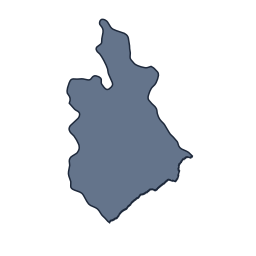 Paraiso, Barahona, Dominican Republic (Mercator projection), rotated 18°
{"feature_id": "3306468B48518984773258", "entity_name": "Paraiso", "entity_type": "district", "adm_level": 2, "iso_a3": "DOM", "parent_name": "Dominican Republic", "parent_adm1": "Barahona", "projection": "mercator", "projection_center": [-71.185, 18.039], "detail": "fine", "context": "isolated", "style": "filled", "palette": "slate", "viewbox_px": 256, "rotation_deg": 18, "n_neighbors": 0, "source": "geoboundaries", "source_scale": "gbopen_adm2", "svg_char_len": 5955}
<svg xmlns="http://www.w3.org/2000/svg" viewBox="0 0 256 256"><g transform="rotate(18 128 128)"><path d="M139.7,223.7L139.7,222.3L140.0,222.3L140.0,221.7L140.3,221.7L140.3,221.3L140.6,221.3L140.6,221.0L141.2,221.0L141.2,220.7L141.8,220.7L141.8,220.4L142.1,220.4L142.1,220.0L142.4,220.0L142.4,219.7L142.8,219.7L142.8,219.4L143.1,219.4L143.1,218.7L143.4,218.7L143.4,218.4L143.7,218.4L143.7,218.1L144.0,218.1L144.0,217.8L144.6,217.8L144.6,217.5L144.9,217.5L144.9,217.1L145.2,217.1L145.2,216.8L145.5,216.8L145.5,215.8L145.8,215.8L145.8,214.9L146.1,214.9L146.1,214.2L146.4,214.2L146.4,212.3L146.8,212.3L146.8,211.3L147.1,211.3L147.1,210.7L147.4,210.7L147.4,210.0L147.7,210.0L147.7,209.4L148.0,209.4L148.0,209.0L148.3,209.0L148.3,208.7L148.6,208.7L148.6,208.1L148.9,208.1L148.9,207.7L149.2,207.7L149.2,207.4L149.5,207.4L149.5,207.1L149.8,207.1L149.8,206.8L150.1,206.8L150.1,206.4L150.5,206.4L150.5,206.1L150.8,206.1L150.8,205.8L151.1,205.8L151.1,205.5L151.4,205.5L151.4,205.1L151.7,205.1L151.7,204.2L152.0,204.2L152.0,203.2L152.3,203.2L152.3,202.2L152.6,202.2L152.6,201.9L152.9,201.9L152.9,201.6L153.2,201.6L153.2,200.9L153.5,200.9L153.5,200.6L153.8,200.6L153.8,200.0L154.1,200.0L154.1,198.7L154.5,198.7L154.5,197.7L154.8,197.7L154.8,197.1L155.1,197.1L155.1,196.7L155.4,196.7L155.4,196.1L155.7,196.1L155.7,195.8L156.0,195.8L156.0,195.1L156.3,195.1L156.3,194.5L156.6,194.5L156.6,194.1L157.2,194.1L157.2,193.5L157.5,193.5L157.5,192.8L157.8,192.8L157.8,192.5L158.1,192.5L158.1,191.9L158.5,191.9L158.5,191.5L159.1,191.5L159.1,191.2L159.4,191.2L159.4,190.6L159.7,190.6L159.7,189.6L160.0,189.6L160.0,188.6L160.3,188.6L160.3,187.7L160.6,187.7L160.6,187.3L161.2,187.3L161.2,187.0L161.8,187.0L161.8,186.7L162.5,186.7L162.5,186.4L162.8,186.4L162.8,186.0L163.1,186.0L163.1,185.7L163.7,185.7L163.7,185.4L164.0,185.4L164.0,185.1L164.3,185.1L164.3,184.4L164.6,184.4L164.6,184.1L164.9,184.1L164.9,183.8L165.2,183.8L165.2,183.5L165.9,183.5L165.9,182.8L166.2,182.8L166.2,182.2L166.5,182.2L166.5,181.8L167.1,181.8L167.1,180.9L167.4,180.9L167.4,180.2L167.7,180.2L167.7,179.9L168.0,179.9L168.0,179.6L168.6,179.6L168.6,179.2L169.5,179.2L169.5,178.9L170.2,178.9L170.2,178.6L171.7,178.6L171.7,178.9L172.6,178.9L172.6,179.2L172.9,179.2L172.9,178.9L173.2,178.9L173.2,178.6L173.6,178.6L173.6,178.3L173.9,178.3L173.9,177.9L174.2,177.9L174.2,177.6L174.5,177.6L174.5,177.0L174.8,177.0L174.8,176.0L175.1,176.0L175.1,175.7L175.4,175.7L175.4,175.0L175.7,175.0L175.7,174.7L176.0,174.7L176.0,174.1L176.3,174.1L176.3,173.7L176.6,173.7L176.6,173.1L176.9,173.1L176.9,172.8L177.2,172.8L177.2,172.1L177.6,172.1L177.6,171.8L177.9,171.8L177.9,171.1L178.2,171.1L178.2,170.8L178.5,170.8L178.5,170.2L179.1,170.2L179.1,169.9L179.4,169.9L179.4,169.2L179.7,169.2L179.7,168.6L180.0,168.6L180.0,168.2L180.3,168.2L180.3,167.6L180.6,167.6L180.6,166.9L180.9,166.9L180.9,166.6L181.2,166.6L181.2,166.0L181.6,166.0L181.6,165.3L181.9,165.3L181.9,165.0L182.2,165.0L182.2,164.7L182.8,164.7L182.8,164.3L184.0,164.3L184.0,164.7L186.5,164.7L186.5,164.3L187.1,164.3L187.1,164.0L187.4,164.0L187.4,164.3L189.3,164.3L189.3,164.0L189.6,164.0L189.6,163.7L189.9,163.7L189.9,162.7L190.2,162.7L190.2,161.8L190.5,161.8L190.5,160.8L190.8,160.8L190.8,157.9L190.5,157.9L190.5,157.2L190.2,157.2L190.2,153.0L189.6,153.0L189.6,152.4L188.9,152.4L188.9,151.4L188.6,151.4L188.6,151.1L188.3,151.1L188.3,150.7L188.6,150.7L188.6,149.8L188.3,149.8L188.3,148.2L188.0,148.2L188.0,147.8L187.7,147.8L187.7,146.5L188.0,146.5L188.0,146.2L188.3,146.2L188.3,145.6L188.6,145.6L188.6,144.6L188.9,144.6L188.9,143.9L189.3,143.9L189.3,143.6L188.9,143.6L188.9,143.3L189.3,143.3L189.3,142.3L189.6,142.3L189.6,141.0L189.9,141.0L189.9,140.7L190.8,140.7L190.8,139.7L191.4,139.7L191.4,139.1L191.7,139.1L191.7,138.8L192.0,138.8L192.0,138.1L192.3,138.1L192.3,137.8L192.9,137.8L192.9,137.5L193.3,137.5L193.3,137.1L196.6,137.1L196.6,136.8L197.0,136.8L197.0,135.8L197.6,135.8L197.6,135.5L197.9,135.5L197.9,134.8L193.2,132.5L190.9,132.0L185.4,131.4L183.3,130.6L181.7,129.3L179.8,126.6L178.9,125.7L174.1,122.8L170.1,120.8L168.2,119.3L161.5,113.4L160.2,112.6L157.5,111.2L155.5,109.9L153.7,108.2L152.2,106.3L151.3,105.0L150.0,102.3L149.2,101.1L148.1,100.1L147.0,99.3L143.0,97.4L139.5,95.3L138.4,94.4L137.8,93.2L137.4,91.8L137.3,89.5L137.4,86.3L137.9,83.2L138.4,81.8L140.1,78.5L140.7,76.3L141.0,72.3L140.7,68.5L139.8,66.5L138.8,65.6L134.6,63.3L133.2,62.8L130.9,62.3L127.9,64.5L126.5,65.2L124.8,65.5L121.4,65.8L117.9,65.7L115.4,65.3L113.9,64.7L109.8,62.2L108.8,61.3L108.4,60.7L107.9,59.4L107.0,55.9L105.1,52.1L104.0,49.2L100.7,42.7L99.9,41.5L98.8,40.5L97.6,39.8L95.2,39.1L86.7,39.0L83.3,38.7L81.7,38.2L80.3,37.4L76.0,33.7L74.7,32.9L72.5,32.3L71.1,32.3L69.7,32.7L69.1,33.1L68.4,34.4L68.3,35.8L68.5,37.0L69.2,38.2L72.3,40.4L73.2,41.4L74.0,42.6L74.7,44.8L75.5,51.0L76.5,54.8L76.5,55.4L76.1,56.7L73.4,60.5L73.1,61.8L73.4,63.0L74.2,64.0L75.2,64.9L78.4,66.4L81.0,68.4L84.2,71.3L87.7,74.9L90.3,78.1L92.1,81.6L93.0,82.9L99.1,89.7L99.8,91.1L100.0,91.8L99.8,93.1L99.4,94.3L97.8,96.9L96.6,97.7L95.9,97.9L94.5,97.7L92.7,96.8L89.5,94.5L88.7,93.5L87.5,89.9L86.5,89.0L84.5,88.3L81.6,88.3L80.3,88.6L79.2,89.4L78.5,90.4L77.4,93.2L77.0,93.7L75.9,94.4L74.6,94.7L70.1,95.2L68.6,95.6L64.6,97.2L60.6,98.3L59.4,99.1L58.9,99.7L58.4,101.0L58.1,103.4L58.1,108.4L58.6,111.6L59.5,113.6L62.5,116.0L63.7,117.6L64.4,119.7L64.5,122.6L71.3,126.6L72.6,127.1L75.4,127.7L76.6,128.3L77.1,128.7L77.8,129.9L78.1,132.0L77.6,134.2L72.4,143.6L72.1,145.0L72.1,146.5L72.6,147.9L74.0,149.5L75.1,150.3L79.1,152.3L82.9,155.4L85.7,158.3L86.7,159.5L87.7,161.7L88.0,163.3L87.9,164.8L87.4,167.1L86.6,168.4L83.8,171.7L82.6,173.4L82.2,174.8L82.1,176.3L82.4,177.7L84.1,181.5L84.9,187.7L85.5,190.0L86.7,192.1L90.1,196.6L90.6,198.0L91.4,200.7L91.9,201.9L92.9,202.8L94.2,203.3L96.4,203.6L101.9,203.8L104.2,204.3L105.6,205.1L106.8,206.1L111.5,210.5L114.0,212.4L116.2,213.2L121.7,213.8L124.0,214.4L126.0,215.6L129.8,218.7L131.2,219.5L133.9,220.8L137.7,223.0L139.7,223.7Z" fill="#64748b" stroke="#1e293b" stroke-width="1.5"/></g></svg>